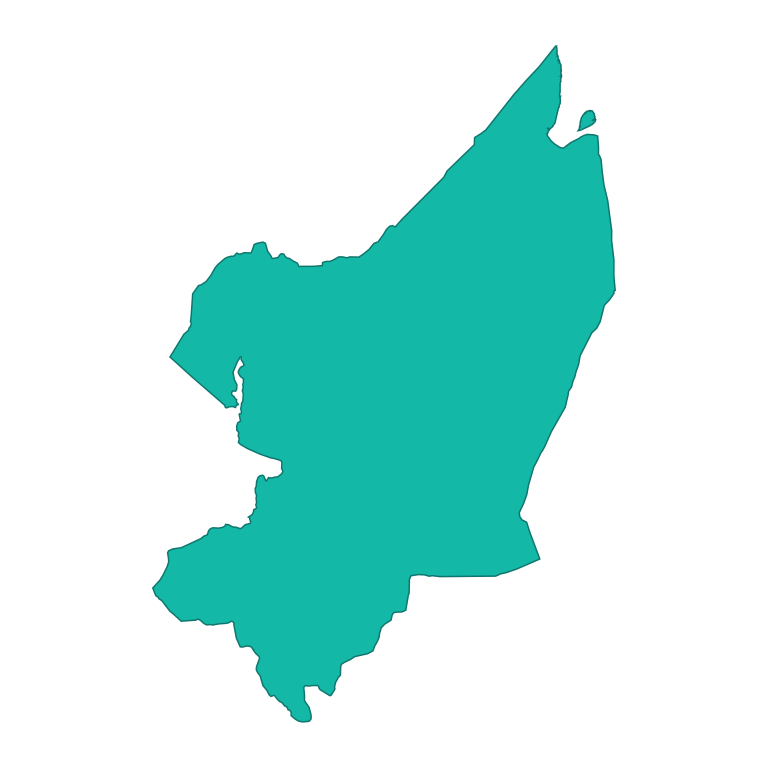 the district of Labuhan Batu Utara, Sumatera Utara, Indonesia
{"feature_id": "22746128B7095356521044", "entity_name": "Labuhan Batu Utara", "entity_type": "district", "adm_level": 2, "iso_a3": "IDN", "parent_name": "Indonesia", "parent_adm1": "Sumatera Utara", "projection": "natural_earth1", "projection_center": [99.755, 2.426], "detail": "fine", "context": "isolated", "style": "filled", "palette": "teal", "viewbox_px": 768, "rotation_deg": 0, "n_neighbors": 0, "source": "geoboundaries", "source_scale": "gbopen_adm2", "svg_char_len": 6081}
<svg xmlns="http://www.w3.org/2000/svg" viewBox="0 0 768 768"><path d="M198.5,285.6L192.7,293.8L191.2,315.7L190.5,321.6L191.4,323.2L190.5,326.6L189.4,327.4L188.3,330.3L187.8,331.0L184.0,334.1L170.0,357.0L191.9,376.8L224.9,405.4L225.1,406.9L225.7,407.6L227.0,407.8L229.1,406.8L231.6,406.6L232.9,406.6L235.5,407.5L236.2,405.5L238.2,404.6L237.9,403.7L236.4,402.1L236.6,399.5L235.2,398.7L234.2,396.7L232.3,395.4L231.7,394.3L231.6,393.0L232.0,391.8L232.8,391.0L235.7,391.1L236.7,389.1L236.9,384.7L234.4,379.8L233.1,372.9L233.3,371.5L237.8,360.8L238.9,359.5L239.5,357.7L240.2,357.0L241.2,356.8L241.1,359.5L243.6,363.5L243.9,364.9L243.3,366.0L241.4,366.8L240.2,367.9L238.8,370.2L238.2,372.0L239.0,374.3L240.6,376.7L243.6,378.8L243.3,379.9L243.5,382.3L242.8,384.4L243.2,387.7L242.3,390.5L243.3,393.9L242.8,401.4L241.6,403.0L241.2,406.8L240.7,408.4L241.4,411.6L241.3,413.1L240.9,413.7L239.5,413.8L239.2,414.3L240.5,421.0L237.7,422.9L236.7,426.2L236.9,430.5L238.3,431.6L238.7,432.9L238.2,436.0L239.1,438.0L239.2,439.4L238.4,442.4L240.4,444.4L247.4,448.5L259.9,454.1L270.5,457.8L274.6,458.6L281.1,460.6L281.9,462.9L281.6,468.6L282.7,470.7L282.8,471.5L282.4,472.7L281.3,474.1L277.8,476.8L273.8,477.3L272.1,478.1L268.6,477.6L266.4,480.9L265.7,480.7L263.9,476.3L262.7,475.2L259.9,475.8L258.1,477.3L256.6,481.6L256.2,486.5L255.3,488.3L255.4,492.4L256.6,495.5L256.1,498.4L256.6,502.7L255.8,504.8L256.7,507.6L255.8,508.8L253.8,509.6L253.3,512.3L252.2,514.6L248.4,517.1L249.6,517.7L249.7,519.5L250.8,522.0L250.0,523.5L245.2,524.7L241.4,528.3L240.1,528.6L236.0,527.2L233.2,527.0L230.9,526.1L228.9,524.8L225.6,524.4L224.9,526.1L222.8,527.3L218.9,528.1L212.7,527.8L210.4,528.8L208.7,530.5L207.3,534.8L203.6,536.3L201.1,538.5L181.3,547.7L172.5,549.0L168.6,550.8L167.6,552.8L168.5,558.4L168.7,561.8L167.2,566.6L163.2,574.8L159.9,580.2L152.8,588.0L155.8,595.7L158.0,597.1L158.9,598.7L161.8,600.6L170.0,611.3L173.5,614.1L181.2,621.2L196.0,620.1L197.4,619.2L198.1,619.2L200.4,620.3L203.6,623.2L205.9,624.6L207.2,624.9L209.9,624.5L212.7,625.0L218.7,623.9L226.5,623.3L228.2,622.9L231.5,621.2L233.0,621.8L233.9,623.3L233.9,624.9L236.4,638.2L240.2,646.8L242.0,647.1L247.3,646.0L250.7,646.6L252.0,647.8L253.1,649.7L253.6,649.6L253.9,651.0L255.6,653.2L259.4,656.9L259.5,658.5L256.5,666.8L256.3,669.9L257.7,672.7L260.1,675.8L263.0,685.7L266.9,690.3L269.0,694.6L270.9,696.4L273.8,695.4L274.7,695.7L276.9,698.8L279.4,701.3L282.1,702.7L284.4,705.7L286.8,706.9L288.2,709.9L289.7,710.2L290.7,711.4L291.2,713.0L291.2,715.7L295.2,719.1L298.4,721.0L302.2,721.9L308.6,721.4L309.6,720.9L310.9,719.2L311.2,716.9L310.8,713.8L309.0,707.3L304.5,700.7L304.5,695.1L303.8,688.0L304.3,686.3L306.0,685.7L308.9,686.1L311.6,685.6L317.7,685.5L318.3,686.0L319.3,688.7L320.4,689.9L329.8,695.6L330.5,695.6L331.3,694.9L334.6,689.7L334.9,688.7L334.5,686.9L335.7,682.2L338.5,677.1L340.4,675.4L340.7,666.5L341.4,664.3L344.3,662.4L350.9,659.2L354.7,656.6L367.7,653.7L372.9,650.9L374.9,645.7L377.1,641.9L379.1,637.3L379.6,633.2L381.3,627.7L384.6,624.2L391.0,620.2L392.2,614.9L393.3,613.1L395.4,612.2L402.0,611.9L405.8,610.2L408.2,595.7L409.1,592.9L409.4,579.4L411.0,575.7L418.5,574.6L424.3,574.8L429.1,576.2L432.3,575.7L439.9,576.6L495.7,576.1L500.8,573.8L506.4,572.6L517.2,568.8L539.8,559.0L530.0,532.8L526.6,522.2L521.9,519.8L519.7,516.4L519.3,512.6L523.7,503.2L526.8,494.5L528.5,485.2L533.7,467.1L536.9,461.2L540.8,453.0L542.6,450.4L544.7,446.6L551.2,431.9L565.2,407.3L568.2,394.4L568.6,391.3L571.4,387.1L573.2,380.5L574.7,377.2L576.0,371.8L578.6,364.5L580.1,355.8L591.8,332.8L596.8,328.1L600.2,321.6L604.3,305.3L609.5,299.8L613.9,293.5L614.1,290.9L615.2,290.4L613.9,276.5L613.9,259.8L611.6,240.4L611.7,230.8L607.7,200.6L604.0,185.2L602.2,171.7L601.1,159.6L599.8,156.3L598.5,154.3L598.5,146.6L597.6,136.0L594.1,134.9L588.7,134.5L586.8,134.5L583.7,135.6L580.6,137.1L579.8,138.0L570.6,142.7L563.2,148.3L559.7,147.3L554.0,143.6L550.8,140.5L547.6,136.1L546.9,133.6L547.7,133.3L548.3,131.3L549.5,129.7L548.1,129.2L547.5,128.3L548.2,128.1L549.2,128.9L550.3,128.6L552.9,126.4L552.7,125.9L554.9,123.3L557.7,111.1L558.6,107.7L559.2,107.1L558.9,106.2L560.3,103.1L560.0,102.6L560.3,101.7L560.2,97.4L559.7,96.8L560.2,96.4L559.8,96.4L559.6,93.4L560.0,92.9L560.1,91.3L560.1,84.0L560.3,82.5L560.9,81.5L560.5,79.9L561.4,77.0L560.7,76.6L561.2,76.5L560.9,76.0L561.3,75.8L561.1,75.2L561.5,75.1L560.8,73.0L561.3,71.3L561.0,70.8L561.2,70.3L560.9,70.3L561.1,69.4L560.7,69.0L561.1,67.5L560.6,67.0L561.0,66.5L561.0,65.2L559.9,62.9L559.1,62.8L559.6,61.7L559.4,60.5L558.3,60.7L558.9,59.8L558.7,59.4L558.3,59.5L558.0,56.4L557.8,55.7L557.4,55.8L557.6,55.5L557.1,55.1L557.2,53.8L556.7,53.4L557.1,51.5L556.7,47.2L555.9,46.3L556.1,46.1L555.6,46.1L539.1,66.8L526.1,80.6L514.0,94.4L485.8,130.0L481.0,133.6L474.6,137.6L474.3,144.7L447.1,171.0L443.8,177.3L401.5,219.8L395.2,227.0L392.5,225.6L389.6,226.3L386.4,229.5L383.2,234.9L378.1,241.8L373.9,243.4L369.0,249.5L362.8,254.5L358.8,257.1L349.9,256.9L346.9,257.8L342.6,256.9L338.8,256.9L332.5,260.4L329.8,261.4L326.3,261.4L322.6,262.5L322.3,265.6L314.2,266.3L298.8,266.4L297.4,263.2L292.0,260.4L289.6,258.5L287.2,258.1L285.2,256.5L283.8,254.1L281.4,253.7L279.7,255.0L277.9,257.6L272.2,258.6L270.8,255.7L267.6,251.2L265.4,243.2L262.8,242.1L256.3,243.5L254.1,244.6L252.6,249.4L251.0,253.0L244.3,252.7L239.9,254.3L236.7,253.1L234.2,255.9L233.0,256.3L230.8,256.3L227.3,257.3L224.9,258.5L217.8,264.6L215.0,268.0L210.9,275.3L206.2,281.5L201.0,284.9L198.5,285.6ZM590.0,110.6L587.0,111.2L586.0,112.0L586.5,112.0L586.1,112.6L585.9,112.1L585.1,112.7L585.4,112.9L585.6,112.5L585.6,112.8L584.5,114.1L583.8,114.5L584.5,113.4L582.9,115.2L581.0,118.8L580.9,120.6L580.4,121.1L580.2,122.5L580.5,122.9L580.0,124.0L580.0,125.4L579.5,126.3L579.9,127.0L579.6,127.0L579.2,129.0L578.1,130.7L580.4,130.2L589.7,125.9L592.7,124.1L595.1,121.5L596.0,119.1L595.1,120.3L595.2,119.0L592.2,120.9L592.9,120.0L594.9,118.6L594.6,117.3L595.0,116.5L594.5,116.0L594.3,113.8L592.2,110.9L591.6,110.9L591.4,111.6L591.4,110.8L590.7,110.6L591.0,110.9L590.7,110.9L590.8,111.7L590.4,111.1L590.0,111.3L590.0,110.6Z" fill="#14b8a6" stroke="#0f766e" stroke-width="1.5"/></svg>